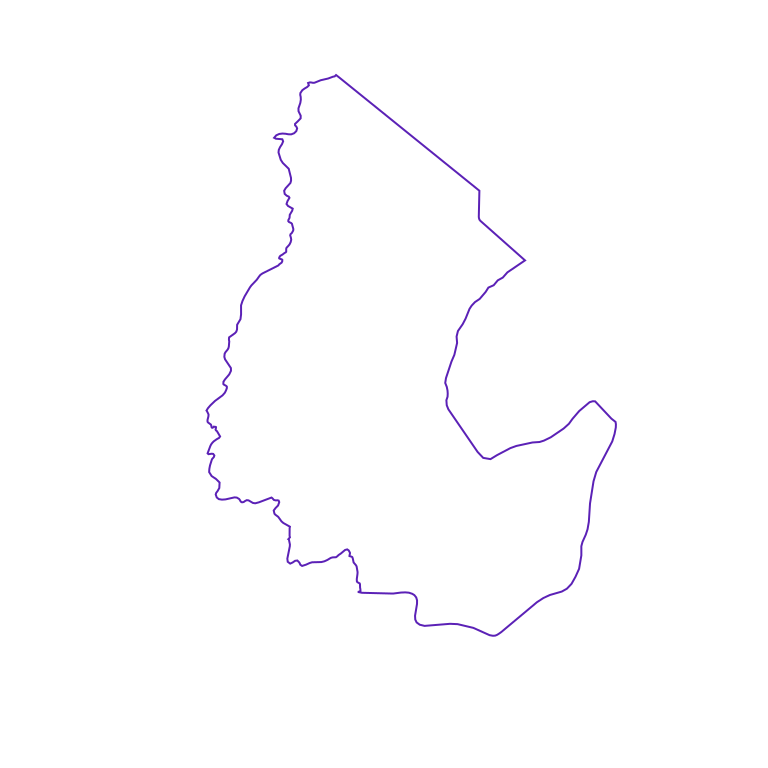 an SVG outline of Western Equatoria, rotated 48°
{"feature_id": "SDS-864", "entity_name": "Western Equatoria", "entity_type": "State", "adm_level": 1, "iso_a3": "SSD", "parent_name": "South Sudan", "parent_adm1": "", "projection": "equal_earth", "projection_center": [28.334, 5.546], "detail": "fine", "context": "isolated", "style": "outline", "palette": "violet", "viewbox_px": 768, "rotation_deg": 48, "n_neighbors": 0, "source": "natural_earth", "source_scale": "10m", "svg_char_len": 4653}
<svg xmlns="http://www.w3.org/2000/svg" viewBox="0 0 768 768"><g transform="rotate(48 384 384)"><path d="M132.3,277.0L131.2,276.1L131.1,272.3L130.8,268.2L128.9,266.4L124.1,265.0L121.9,263.1L119.1,258.1L117.1,255.6L114.9,253.8L113.1,252.8L111.8,251.4L111.0,248.1L111.3,245.3L111.9,242.3L111.8,240.0L109.5,239.0L110.3,237.2L111.5,236.1L112.6,235.3L113.6,234.1L115.9,227.8L119.6,221.1L121.5,216.3L122.4,214.8L122.3,212.9L125.5,212.3L304.2,183.8L323.1,201.6L324.2,202.4L325.7,203.1L327.2,203.2L386.5,196.5L383.6,217.6L384.4,224.5L383.1,230.1L384.0,236.4L382.2,241.9L383.6,246.9L384.8,256.0L384.0,261.6L384.4,266.4L385.4,270.2L390.0,279.6L392.2,285.5L394.1,293.6L397.3,298.3L402.4,302.2L409.4,312.2L412.5,318.9L421.1,334.0L424.2,337.8L428.2,339.3L431.4,341.2L433.8,343.1L436.0,345.3L437.8,348.5L441.8,351.6L445.9,353.1L497.1,359.9L505.3,359.7L511.1,355.1L512.5,347.6L516.2,333.0L518.6,327.1L526.8,312.8L531.2,307.2L533.1,303.0L535.2,295.7L537.3,280.3L537.3,273.2L536.0,267.1L534.7,257.0L535.1,243.4L536.5,240.4L538.2,238.7L561.9,238.2L567.1,237.3L569.1,238.6L571.4,240.8L575.4,246.1L579.4,252.8L591.4,285.1L596.5,293.4L610.6,310.8L623.5,324.0L628.2,330.0L631.0,334.9L634.2,342.2L636.6,345.9L643.4,352.0L651.9,362.7L655.4,370.7L658.0,378.4L658.5,385.1L657.2,390.8L651.8,401.9L649.7,408.7L648.5,416.4L646.8,463.0L646.4,466.2L646.0,468.2L645.3,469.9L643.9,471.6L641.3,473.6L625.0,480.8L611.7,490.0L606.4,495.4L590.9,515.7L586.8,518.5L583.0,519.3L580.0,518.4L577.0,516.0L569.5,506.6L566.9,504.2L564.2,502.9L561.2,502.7L558.8,503.4L555.8,505.1L553.1,507.6L550.3,511.0L545.8,517.5L524.4,540.1L521.0,542.6L521.6,541.6L522.0,539.9L520.6,538.8L519.4,538.1L516.8,535.9L516.0,535.5L513.4,536.4L512.5,536.2L510.8,534.8L507.4,530.8L506.1,529.5L501.2,526.4L499.8,526.1L496.3,526.0L492.7,523.9L491.4,523.4L490.7,523.6L488.8,524.8L488.3,524.3L487.1,522.6L486.6,522.2L484.1,521.6L482.3,522.0L481.3,524.0L481.1,529.5L480.7,532.3L480.8,533.9L480.6,535.6L478.4,538.3L477.6,540.0L476.9,543.7L475.9,546.9L474.4,549.7L468.4,556.7L467.3,559.0L466.1,562.8L464.4,566.6L462.4,567.1L460.1,566.4L457.2,566.5L455.9,568.4L455.5,571.4L454.7,573.9L451.7,574.5L449.1,572.7L441.6,562.6L440.3,561.3L435.7,558.6L435.3,558.8L435.0,556.5L433.7,555.8L428.1,550.7L427.1,549.4L420.0,551.8L417.5,552.1L411.9,551.5L408.4,552.2L407.1,552.2L404.2,550.6L403.6,547.5L403.4,544.0L401.7,540.9L400.1,540.3L399.1,541.0L398.1,542.3L396.5,543.4L394.1,543.4L393.1,543.6L388.2,556.2L386.5,559.5L384.7,561.0L379.9,562.5L378.5,563.7L378.0,565.5L377.8,567.3L376.9,568.7L375.9,569.1L374.7,569.0L373.6,568.7L372.5,568.6L369.9,569.4L368.2,571.0L363.7,579.0L361.5,581.8L359.0,583.8L356.4,584.2L353.5,583.0L352.6,581.5L352.2,579.3L351.1,576.0L347.2,572.1L342.2,572.4L337.1,573.7L332.5,572.9L330.3,570.7L328.1,567.8L324.8,562.2L324.4,559.2L323.6,557.9L321.7,557.7L320.6,558.6L318.7,561.4L317.5,561.5L313.9,554.6L313.3,553.1L313.0,551.9L312.8,550.6L312.7,548.9L313.1,545.3L313.7,542.6L313.3,540.9L307.3,539.7L306.0,539.9L305.2,539.7L304.0,538.0L303.4,537.7L302.4,538.5L301.9,539.0L302.1,539.2L302.0,539.6L301.9,540.3L301.6,541.0L300.9,541.1L298.9,540.0L298.3,539.8L294.9,540.5L294.0,540.4L292.7,539.3L290.6,536.2L289.4,534.9L288.4,534.5L285.6,533.7L285.0,533.7L284.2,531.1L283.7,527.3L283.5,520.8L284.4,511.6L284.0,508.2L283.5,506.8L282.7,505.0L281.8,503.4L280.7,502.5L279.6,502.6L277.3,503.4L276.5,503.4L274.9,501.8L274.2,499.2L273.3,492.6L271.8,488.9L269.7,487.1L259.3,485.6L257.0,484.5L254.9,482.2L254.3,480.6L253.8,477.2L253.3,475.7L252.3,474.2L248.7,470.4L247.9,470.0L247.1,469.4L246.4,468.7L245.7,467.9L246.5,460.8L246.3,458.8L245.1,456.7L241.7,453.5L239.8,447.3L236.6,443.6L229.9,437.6L227.6,433.6L225.6,428.9L222.5,419.0L222.0,416.6L221.4,408.8L220.5,404.8L220.2,402.9L220.5,400.4L225.2,383.2L225.0,381.7L225.3,378.9L224.8,377.6L223.7,376.5L222.8,376.6L222.2,377.1L221.8,377.3L221.3,377.5L220.8,377.8L220.2,377.7L219.5,376.2L219.4,375.1L219.9,372.8L220.1,370.1L220.4,369.1L220.3,368.2L218.3,366.4L217.7,365.7L217.5,364.8L217.4,363.3L217.1,360.9L216.1,358.4L214.7,356.4L213.0,355.3L210.7,354.2L210.1,353.1L210.1,351.4L209.2,348.8L208.2,347.7L203.3,345.2L202.2,345.3L200.1,346.2L199.0,346.2L198.2,345.4L197.3,343.0L195.2,340.8L193.8,336.3L192.6,334.5L187.5,336.2L185.0,336.0L183.5,333.3L182.4,329.7L181.0,329.4L179.0,330.3L176.3,330.6L173.6,328.9L172.7,326.1L172.0,319.1L170.7,317.0L168.6,315.2L160.3,310.8L152.0,311.3L148.3,310.7L141.4,307.5L139.6,305.5L138.4,302.7L137.5,299.3L136.2,296.6L134.1,295.8L129.4,300.2L127.5,300.9L127.1,297.6L128.1,294.5L130.0,291.8L132.3,289.6L134.4,288.0L136.4,285.9L137.5,283.0L137.4,280.0L135.9,277.5L134.0,276.9L132.3,277.0Z" fill="none" stroke="#5b21b6" stroke-width="2"/></g></svg>